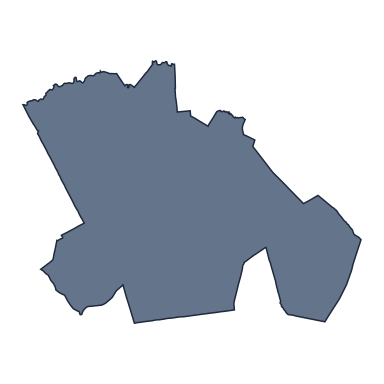 outline of Traian Vuia, Timis, Romania
{"feature_id": "2599482B91559733005847", "entity_name": "Traian Vuia", "entity_type": "district", "adm_level": 2, "iso_a3": "ROU", "parent_name": "Romania", "parent_adm1": "Timis", "projection": "orthographic", "projection_center": [22.019, 45.79], "detail": "fine", "context": "isolated", "style": "filled", "palette": "slate", "viewbox_px": 384, "rotation_deg": 0, "n_neighbors": 0, "source": "geoboundaries", "source_scale": "gbopen_adm2", "svg_char_len": 5649}
<svg xmlns="http://www.w3.org/2000/svg" viewBox="0 0 384 384"><path d="M134.4,323.2L135.0,323.2L136.8,322.7L139.6,322.4L144.9,321.6L152.4,320.7L156.1,319.9L159.1,319.8L165.1,318.9L166.2,318.6L168.4,318.3L172.4,318.0L179.5,316.9L184.1,316.7L191.8,315.6L204.6,313.9L217.2,312.3L221.7,311.6L224.9,311.3L234.4,309.9L233.9,304.3L233.9,303.3L234.4,300.7L238.6,283.6L240.4,277.2L242.3,269.2L242.8,265.5L244.0,263.5L244.4,262.1L244.7,262.0L245.3,261.7L254.0,255.1L255.0,254.6L262.8,249.3L265.0,247.8L266.0,247.5L268.0,255.3L269.1,259.8L270.1,262.2L270.6,263.8L271.1,265.8L275.7,281.7L275.9,283.1L276.8,287.3L277.4,289.3L277.5,289.6L277.7,291.0L279.2,295.7L279.4,296.9L280.5,300.6L280.6,301.3L280.5,301.8L280.3,302.1L280.1,302.7L280.1,303.1L281.1,304.4L281.5,305.0L281.4,306.0L282.0,307.0L283.2,307.9L283.4,308.6L283.7,309.3L285.8,311.7L285.8,312.1L286.5,313.0L287.9,314.4L288.8,314.7L292.8,315.1L295.4,315.9L324.9,321.8L329.1,314.9L338.1,300.9L339.6,298.5L346.5,284.7L351.5,270.6L352.4,267.0L352.6,265.7L354.0,261.1L361.0,239.7L359.1,237.6L354.0,234.4L352.3,230.0L352.4,229.9L350.1,227.3L349.2,226.1L348.2,224.5L347.8,224.3L347.3,224.2L346.2,222.3L344.6,221.1L343.3,219.6L341.4,217.0L339.0,214.3L337.0,211.2L336.6,210.6L333.3,207.8L332.5,207.4L318.0,195.4L308.2,201.1L303.6,203.5L303.4,203.5L288.3,188.1L283.9,183.5L272.8,172.4L270.3,169.2L252.9,146.6L252.9,146.2L254.8,140.3L254.8,140.0L247.5,136.4L245.7,135.5L244.6,135.2L243.5,134.6L243.6,134.4L242.6,130.6L242.4,129.3L242.4,127.3L242.5,126.6L243.2,124.1L245.2,119.5L243.7,118.5L243.0,117.5L242.6,117.3L242.4,117.3L237.9,118.0L237.2,117.6L235.5,117.8L235.4,117.7L235.4,117.2L234.9,117.3L234.4,117.8L233.1,116.7L232.8,116.2L232.6,115.5L232.1,115.2L231.7,114.7L231.4,114.9L231.2,114.7L231.1,114.2L230.9,113.9L230.7,113.7L230.3,113.7L229.5,114.2L229.3,114.1L229.6,113.4L229.6,113.1L229.2,112.4L229.0,113.0L228.8,113.1L228.2,112.9L228.3,112.2L228.0,112.0L227.3,112.2L226.3,111.9L225.9,111.6L225.1,112.0L224.4,111.2L223.7,111.0L222.5,111.7L222.4,111.7L222.1,111.6L221.9,111.6L221.5,111.5L221.1,111.6L220.9,111.5L220.8,110.8L220.5,110.5L219.7,110.5L218.5,110.9L217.5,111.2L216.8,111.7L216.3,112.4L215.8,113.3L214.5,115.3L213.9,116.6L212.0,119.5L209.1,124.0L208.6,125.0L208.0,126.2L198.3,120.4L195.8,118.8L190.6,115.9L190.2,110.8L177.3,112.0L176.9,107.0L176.2,101.0L175.5,96.8L175.0,88.6L175.4,88.3L175.1,75.3L174.5,64.2L173.5,64.2L172.1,64.3L172.1,64.2L172.2,63.8L172.1,63.7L171.8,63.7L171.4,64.2L171.5,65.3L171.4,65.7L171.2,66.0L169.6,65.5L168.8,65.5L168.3,65.2L167.3,63.8L167.2,63.5L167.0,62.4L166.8,61.9L166.4,61.7L166.1,61.7L165.6,61.8L164.8,62.5L164.3,62.7L164.0,62.7L162.6,62.5L161.8,63.1L161.5,63.5L161.5,63.8L161.0,64.3L160.3,64.7L158.0,64.8L157.5,64.6L157.1,64.0L156.8,63.3L156.6,61.9L156.4,61.3L156.0,60.9L155.5,60.8L155.1,61.1L154.6,61.6L153.7,62.0L153.1,61.8L152.9,61.3L152.7,61.2L152.4,61.6L152.3,62.4L152.5,63.4L152.3,64.1L152.6,64.4L151.7,65.5L147.1,71.8L145.6,73.2L144.9,74.2L142.2,77.7L140.9,79.2L140.3,80.0L134.4,87.3L133.8,87.0L133.3,86.4L132.6,86.1L130.8,84.8L130.2,84.5L129.3,84.6L128.9,84.9L128.8,85.8L128.9,86.6L128.9,87.2L128.7,87.6L128.4,87.7L127.8,87.7L127.5,87.5L127.8,86.0L127.8,85.3L127.5,84.8L127.3,84.6L126.7,84.5L126.2,84.6L125.7,84.8L124.9,85.8L123.4,83.8L116.6,73.6L115.0,73.7L109.2,73.5L107.8,72.8L103.7,71.6L102.9,71.7L102.1,72.1L101.6,72.1L101.0,71.9L100.4,71.1L100.3,71.7L100.0,72.8L98.3,72.7L97.2,72.9L96.7,73.1L96.2,73.3L95.2,74.1L93.9,75.7L93.4,75.8L91.6,75.5L89.9,75.5L88.8,75.7L87.6,76.2L87.1,76.8L86.6,77.1L85.9,77.8L85.7,77.9L85.3,78.3L84.4,81.1L83.6,82.2L82.8,82.8L82.5,82.8L82.0,82.5L81.4,82.1L80.5,81.2L79.7,80.8L77.9,81.5L77.5,81.5L77.0,81.4L76.8,81.2L76.5,80.1L76.1,77.6L75.8,77.3L75.4,77.4L74.9,77.5L74.5,77.9L74.1,78.5L73.9,79.7L73.9,80.1L74.1,81.0L74.1,81.8L73.7,82.5L73.2,83.0L72.8,83.4L72.1,83.4L69.1,82.8L68.3,82.9L67.5,83.3L66.7,83.4L65.0,83.3L64.6,83.3L64.2,83.5L63.5,84.1L62.8,85.1L62.5,85.5L59.8,86.7L59.1,86.7L58.4,86.4L58.0,86.1L57.2,84.8L56.7,84.4L55.7,84.1L55.2,84.1L54.3,85.0L53.4,85.5L54.0,86.3L53.9,87.2L53.0,89.0L52.6,89.6L52.3,89.8L51.5,90.0L50.5,89.5L50.0,89.5L48.1,90.9L47.8,91.6L46.0,93.2L45.8,93.7L46.0,94.9L46.0,95.3L45.7,95.6L44.3,96.5L44.1,97.0L43.8,98.0L43.3,99.1L42.9,99.4L42.7,99.4L42.3,99.3L41.6,99.3L40.9,99.0L40.1,99.4L38.8,100.3L38.4,101.3L38.2,101.4L37.2,101.0L36.4,100.3L35.5,99.9L34.7,99.7L33.7,99.8L32.5,100.3L31.9,100.9L30.6,100.8L29.2,101.3L28.0,101.8L27.7,102.0L27.0,102.8L27.1,103.1L27.4,103.9L27.4,104.2L27.1,104.7L26.8,105.1L25.7,105.3L24.0,104.7L23.0,104.7L29.0,116.6L32.8,123.1L33.6,124.5L33.9,124.7L34.7,125.9L37.0,129.9L37.8,130.8L38.1,131.0L38.4,131.0L37.9,132.4L37.6,133.7L39.2,136.3L41.6,141.5L42.9,143.6L45.0,147.6L46.1,149.6L48.2,154.0L50.1,157.3L54.5,165.7L55.5,167.9L57.9,172.3L58.1,172.9L58.2,173.4L58.8,174.5L59.2,175.4L59.7,175.9L61.4,179.9L64.4,185.2L65.7,188.2L72.9,201.9L74.4,205.2L76.6,209.1L77.7,210.6L78.2,211.5L78.8,213.2L79.3,214.2L80.9,217.3L82.4,219.6L84.2,223.2L79.0,225.8L76.8,227.1L73.1,229.2L61.4,235.3L62.7,237.4L62.7,237.8L62.4,238.2L59.8,239.3L57.2,240.9L57.1,240.5L56.9,240.4L55.3,248.4L54.3,252.7L53.0,259.6L52.2,260.4L50.5,261.9L40.7,269.3L43.4,271.0L45.9,273.7L48.2,275.1L50.9,280.5L52.7,282.6L53.8,284.1L55.4,287.5L55.9,290.0L58.5,292.0L60.5,293.3L64.5,295.2L64.7,295.4L68.0,301.5L70.8,305.6L73.1,308.4L74.0,309.2L75.8,310.0L76.1,310.3L77.4,311.0L79.0,311.4L79.8,313.6L80.0,314.4L80.2,314.6L80.9,314.7L81.5,314.5L82.0,314.0L82.3,312.5L82.6,312.0L83.2,310.8L83.8,309.9L85.5,308.0L87.1,306.9L88.4,306.5L101.2,305.2L103.4,304.4L105.8,303.0L110.9,298.7L112.3,297.3L116.4,290.7L123.0,285.0L126.3,296.8L130.0,308.6L134.4,323.2Z" fill="#64748b" stroke="#1e293b" stroke-width="1.5"/></svg>